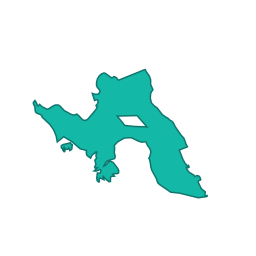 map outline of Camarines Sur (Mercator projection), rotated 200°
{"feature_id": "PHL-2538", "entity_name": "Camarines Sur", "entity_type": "Province", "adm_level": 1, "iso_a3": "PHL", "parent_name": "Philippines", "parent_adm1": "", "projection": "mercator", "projection_center": [123.353, 13.672], "detail": "fine", "context": "isolated", "style": "filled", "palette": "teal", "viewbox_px": 256, "rotation_deg": 200, "n_neighbors": 0, "source": "natural_earth", "source_scale": "10m", "svg_char_len": 3366}
<svg xmlns="http://www.w3.org/2000/svg" viewBox="0 0 256 256"><g transform="rotate(200 128 128)"><path d="M98.1,106.7L97.8,108.3L98.2,113.3L100.5,116.1L103.6,118.2L106.3,120.9L107.3,120.9L110.2,119.4L113.6,119.2L121.0,120.0L122.4,119.7L126.7,117.9L128.2,117.1L133.0,111.4L133.8,109.7L134.1,108.7L134.6,107.9L134.9,106.9L133.9,105.1L132.3,99.9L130.2,96.8L130.1,94.7L134.7,91.3L135.2,90.7L136.3,89.9L137.1,88.0L137.6,85.8L137.7,83.9L136.2,85.4L134.5,89.8L133.3,90.7L131.4,90.7L130.1,90.5L123.8,86.5L122.1,84.8L121.5,82.4L122.8,81.3L125.2,80.4L126.5,79.4L124.3,78.1L127.1,76.9L127.5,75.4L126.2,71.7L127.5,71.0L130.3,71.9L134.8,74.1L134.8,73.2L134.2,72.8L132.9,71.2L136.9,71.4L137.7,71.2L137.7,70.2L136.5,67.7L137.2,67.2L139.0,68.0L140.2,70.1L141.4,75.2L139.1,75.8L138.6,77.4L139.2,79.1L140.0,79.5L142.5,77.1L143.7,76.4L145.2,76.1L144.6,77.0L143.3,80.0L144.7,79.4L145.2,79.1L146.1,80.0L145.6,82.6L148.2,86.5L147.1,88.7L148.1,90.0L148.7,91.4L149.0,93.0L149.0,94.7L149.9,94.7L150.7,92.9L151.8,91.5L152.6,89.7L152.8,86.9L155.5,87.6L157.4,88.4L158.5,89.9L159.4,92.7L165.8,92.1L176.0,96.0L185.5,97.8L189.7,90.7L192.8,96.0L197.1,100.7L202.4,104.5L212.4,108.8L212.8,109.3L212.9,109.8L213.4,110.2L215.1,110.7L218.4,110.7L220.0,111.2L220.9,112.1L222.9,116.2L225.2,118.4L225.7,119.9L224.8,122.0L222.4,120.1L221.6,119.2L220.9,118.0L220.0,118.0L219.8,118.6L219.1,120.0L217.1,119.0L214.7,118.4L210.1,118.0L208.8,119.2L206.9,121.9L204.4,124.6L201.5,125.8L199.0,125.2L194.0,122.6L186.4,121.4L183.5,121.5L182.1,122.4L180.9,123.6L178.0,122.5L174.8,120.8L172.6,120.0L170.2,120.8L168.7,122.7L164.4,134.5L164.1,137.5L165.3,137.7L165.8,138.2L165.5,139.0L165.1,139.6L165.0,140.4L165.1,141.9L165.4,143.5L166.4,144.0L167.6,143.5L168.8,142.4L173.4,148.3L172.1,148.3L169.6,148.6L167.5,149.7L166.7,151.8L167.3,153.6L168.9,154.7L170.7,155.7L172.1,157.1L173.2,160.3L173.5,163.7L172.9,167.0L171.3,169.9L169.4,171.5L167.7,171.6L166.1,171.0L160.3,169.5L159.8,169.8L159.4,170.6L158.9,171.4L158.0,171.7L155.5,171.0L154.3,169.9L153.1,169.8L132.8,188.1L131.7,188.8L130.6,187.5L125.5,183.9L123.4,181.3L122.8,180.0L122.1,177.8L121.5,176.5L117.7,172.6L118.6,168.6L117.3,163.8L114.7,159.7L111.5,158.0L107.6,156.9L100.3,152.3L96.4,151.2L94.1,150.9L90.9,149.6L88.8,149.3L87.5,148.6L84.1,145.4L75.5,139.3L73.8,138.5L71.9,137.4L67.7,132.4L65.7,130.7L72.3,124.8L65.6,117.2L62.2,114.3L58.0,112.2L58.0,113.1L57.2,112.2L58.0,111.2L59.8,111.1L59.1,109.9L57.2,108.4L55.3,107.3L49.9,106.2L48.6,105.3L46.9,106.9L45.1,107.1L43.4,106.2L42.0,104.3L42.3,103.7L43.2,103.0L43.9,102.1L43.4,101.0L39.2,96.8L37.5,95.7L35.6,95.0L33.9,94.7L33.3,93.7L33.0,91.9L32.2,90.6L30.6,91.6L30.3,90.9L30.7,90.4L38.1,86.5L57.4,84.4L65.9,82.3L78.7,85.6L80.8,86.4L81.9,87.3L82.7,88.5L84.0,90.1L91.0,96.3L93.0,98.9L95.6,103.7L97.1,105.9L98.1,106.7ZM123.7,142.8L142.2,135.5L131.9,129.3L122.6,131.6L110.6,135.5L123.7,142.8ZM183.1,86.4L183.8,86.5L184.6,88.2L183.7,90.0L177.0,94.4L176.4,93.9L176.1,93.5L175.6,93.3L175.3,93.4L174.7,93.3L174.3,92.2L174.2,90.8L173.7,89.7L173.6,88.9L174.6,87.1L175.0,86.9L175.1,87.8L175.4,88.2L176.0,88.1L176.5,88.4L176.9,89.0L177.0,88.7L177.1,87.6L177.7,87.1L178.5,87.2L179.2,86.7L179.9,86.7L180.5,87.1L180.9,87.5L181.2,88.1L181.5,88.1L181.5,87.2L181.3,86.7L180.4,85.4L180.2,85.5L179.7,85.6L179.4,84.9L179.5,84.1L180.1,83.9L181.5,84.8L182.4,86.0L183.1,86.4Z" fill="#14b8a6" stroke="#0f766e" stroke-width="1.5"/></g></svg>